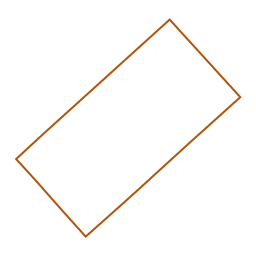 the district of Eau Claire, Wisconsin, United States of America, rotated 318°
{"feature_id": "52423323B20706139587208", "entity_name": "Eau Claire", "entity_type": "district", "adm_level": 2, "iso_a3": "USA", "parent_name": "United States of America", "parent_adm1": "Wisconsin", "projection": "orthographic", "projection_center": [-91.42, 44.727], "detail": "fine", "context": "isolated", "style": "outline", "palette": "amber", "viewbox_px": 256, "rotation_deg": 318, "n_neighbors": 0, "source": "geoboundaries", "source_scale": "gbopen_adm2", "svg_char_len": 350}
<svg xmlns="http://www.w3.org/2000/svg" viewBox="0 0 256 256"><g transform="rotate(318 128 128)"><path d="M24.1,76.2L24.3,106.5L23.9,145.4L23.9,180.4L58.5,180.6L93.3,180.7L128.0,180.4L162.5,180.2L197.4,180.2L232.1,180.2L231.5,75.3L77.1,75.7L62.8,75.7L56.0,75.8L53.6,75.8L53.0,75.8L24.1,76.2Z" fill="none" stroke="#b45309" stroke-width="2"/></g></svg>